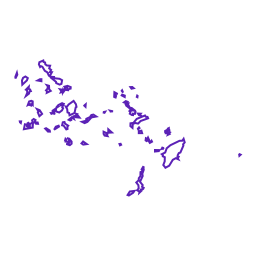 Notioy Aigaioy, Notio Aigaio, Greece (Natural Earth projection)
{"feature_id": "26713481B52894455575268", "entity_name": "Notioy Aigaioy", "entity_type": "district", "adm_level": 2, "iso_a3": "GRC", "parent_name": "Greece", "parent_adm1": "Notio Aigaio", "projection": "natural_earth1", "projection_center": [26.069, 36.671], "detail": "fine", "context": "isolated", "style": "outline", "palette": "violet", "viewbox_px": 256, "rotation_deg": 0, "n_neighbors": 0, "source": "geoboundaries", "source_scale": "gbopen_adm2", "svg_char_len": 5797}
<svg xmlns="http://www.w3.org/2000/svg" viewBox="0 0 256 256"><path d="M184.7,142.4L183.6,138.8L182.3,140.7L179.5,140.8L170.4,145.2L166.7,148.3L165.2,152.5L161.8,154.2L162.9,155.2L162.8,156.3L164.8,157.2L164.7,161.4L163.3,165.0L165.4,167.6L164.6,168.2L169.2,165.7L172.8,159.8L175.8,158.2L178.3,159.3L177.8,158.4L178.6,156.8L177.5,156.6L177.8,155.0L178.8,153.1L180.4,152.5L183.4,145.6L183.1,144.3L184.7,142.4ZM75.9,104.2L73.6,100.9L68.6,104.5L66.8,106.9L65.8,106.6L67.2,109.2L67.5,112.4L69.1,113.0L69.5,115.3L74.5,113.0L75.7,107.4L76.5,106.9L75.9,104.2ZM45.3,64.3L45.1,62.5L43.6,62.0L43.3,60.5L39.4,62.2L38.9,64.3L40.1,67.0L41.0,66.2L42.4,66.8L44.8,70.8L47.3,72.3L48.9,75.7L50.4,76.5L50.1,75.5L51.9,72.2L49.9,72.1L51.1,69.9L49.2,68.4L50.1,65.7L46.9,65.5L45.3,64.3ZM143.3,171.0L140.5,172.1L140.4,176.1L138.8,178.2L138.7,180.2L136.3,182.5L138.4,185.2L138.7,188.3L137.2,190.3L139.6,191.7L139.4,192.7L140.8,191.4L140.0,191.4L140.9,189.5L143.2,188.9L143.7,187.8L142.0,186.8L142.7,185.1L140.0,181.8L142.7,176.0L142.3,173.8L143.3,171.0ZM145.7,116.7L145.0,115.5L136.7,118.9L133.4,122.9L130.5,123.3L130.4,126.1L132.5,127.9L132.8,123.9L135.4,123.0L138.1,123.6L140.6,121.0L148.1,118.3L147.5,116.9L145.7,116.7ZM54.1,77.0L51.2,76.8L50.8,77.6L56.0,81.8L56.2,83.1L59.6,84.6L61.4,83.9L62.1,80.2L59.6,78.8L54.2,78.2L54.1,77.0ZM61.2,103.6L58.3,105.1L57.2,106.4L58.1,106.7L56.2,108.0L55.8,110.4L56.6,111.6L59.2,112.5L62.0,110.4L63.1,108.2L62.2,107.2L63.8,103.9L62.6,103.5L62.5,104.8L60.9,105.2L61.2,103.6ZM29.9,124.3L28.3,122.8L27.6,123.3L28.3,125.2L30.0,126.1L29.0,127.0L27.0,126.3L26.9,124.7L24.9,124.3L23.9,129.2L32.7,127.6L32.9,123.6L31.7,123.0L29.9,124.3ZM27.8,78.1L25.4,76.5L23.1,77.8L22.0,80.4L22.3,84.7L26.9,80.4L27.8,78.1ZM93.4,114.6L91.4,115.0L90.8,115.8L91.7,116.3L86.3,118.8L86.2,119.6L87.2,119.9L86.6,120.6L82.0,121.8L84.6,123.1L87.4,121.9L91.5,117.4L96.3,116.5L93.4,114.6ZM131.7,108.0L128.6,107.5L132.2,110.4L131.1,110.3L129.8,113.7L131.9,115.0L133.0,115.1L133.0,113.7L135.7,114.0L134.8,113.4L135.5,111.5L135.0,110.6L133.1,110.1L132.5,109.3L133.2,109.2L131.7,108.0ZM64.5,122.0L62.8,122.3L62.1,125.3L63.7,125.7L66.3,129.4L67.5,129.0L67.4,126.6L68.2,125.7L65.1,123.7L64.5,122.0ZM28.6,88.9L28.8,86.7L25.9,89.7L27.0,90.3L27.3,92.6L25.9,96.0L29.0,93.6L29.6,91.3L30.8,91.1L30.1,89.5L28.6,88.9ZM108.3,129.3L108.3,130.9L109.5,130.5L108.6,131.0L109.0,132.4L106.6,133.1L103.6,131.7L103.6,133.9L104.6,135.6L107.5,136.1L106.6,134.6L107.3,134.5L107.6,132.8L111.9,132.5L108.3,129.3ZM66.6,86.1L64.4,86.7L65.3,88.2L64.2,89.2L64.3,90.8L65.0,89.8L68.2,90.2L68.4,89.2L70.6,88.6L70.7,87.1L67.9,86.0L67.1,87.7L66.6,86.1ZM49.2,89.3L49.0,85.8L46.9,85.2L47.8,86.4L47.6,88.5L46.0,90.4L47.1,91.3L46.8,92.8L50.7,90.9L49.2,89.3ZM37.0,109.1L38.6,111.6L37.8,112.3L39.4,116.2L42.1,113.9L39.7,110.2L37.0,109.1ZM31.3,100.8L29.1,101.5L27.8,105.1L29.7,104.2L29.6,105.0L31.4,105.6L32.0,103.8L32.7,104.6L32.7,101.4L31.3,100.8ZM69.2,138.7L66.8,138.1L68.7,138.8L69.5,142.2L68.6,143.7L66.3,144.0L69.8,145.2L71.6,143.7L71.6,141.6L69.2,138.7ZM134.4,190.9L129.8,191.5L127.6,195.0L128.9,195.5L133.1,192.8L134.4,190.9ZM149.6,141.1L148.0,137.5L147.3,138.8L145.9,138.2L145.6,140.4L146.7,141.1L148.2,140.1L149.8,142.9L152.0,141.7L151.6,140.9L151.2,141.6L149.6,141.1ZM167.0,130.4L167.9,129.4L165.1,131.0L165.2,132.2L166.9,132.1L166.2,133.3L168.4,133.6L167.9,134.8L169.6,134.0L169.0,133.3L169.6,132.7L168.8,132.6L169.6,132.0L169.3,130.0L167.0,130.4ZM125.8,101.1L124.0,102.4L126.5,103.5L125.7,104.5L126.3,105.5L127.7,104.6L126.6,105.6L127.1,106.2L128.9,106.0L127.8,103.9L128.3,103.3L126.8,103.1L127.6,101.8L125.8,101.1ZM59.0,126.6L58.6,125.7L55.8,126.7L54.1,129.7L59.0,126.6ZM141.4,130.7L138.8,131.2L138.8,133.1L142.1,133.1L141.4,130.7ZM86.8,144.1L83.1,141.5L81.5,143.4L83.2,144.6L86.8,144.1ZM33.7,119.0L32.1,120.3L32.8,122.7L34.2,122.6L35.5,120.0L33.7,119.0ZM54.7,114.4L54.2,112.7L55.4,108.8L52.6,110.7L52.6,112.3L54.7,114.4ZM117.7,94.0L114.4,92.2L114.2,96.4L115.3,96.5L114.8,97.2L115.6,97.5L116.1,95.9L114.9,94.7L115.7,93.6L117.7,94.0ZM49.7,130.5L46.1,128.2L45.2,128.6L48.0,131.6L49.9,131.6L49.7,130.5ZM159.2,150.1L155.0,150.0L155.0,151.5L158.8,151.1L159.2,150.1ZM143.5,170.0L143.6,167.1L143.1,166.9L141.6,169.4L142.4,170.4L143.5,170.0ZM71.3,120.0L71.1,117.8L68.7,119.8L70.2,120.5L71.3,120.0ZM15.4,78.5L17.3,74.7L16.9,72.8L15.4,76.7L15.4,78.5ZM37.7,122.5L35.6,122.3L36.0,123.7L38.0,123.8L37.7,122.5ZM41.4,79.2L40.0,79.2L37.6,80.5L41.4,81.2L41.4,79.2ZM124.8,95.6L122.2,94.6L121.7,95.4L124.7,97.0L124.8,95.6ZM79.5,117.6L78.2,115.9L76.5,117.3L79.5,117.6ZM140.5,113.7L138.0,113.6L139.0,115.2L140.7,115.3L139.7,114.5L140.5,113.7ZM133.7,88.2L132.3,87.0L130.4,87.1L131.5,88.7L133.7,88.2ZM61.2,89.5L60.0,89.3L61.4,91.1L60.8,92.4L62.2,92.0L61.2,89.5ZM85.5,106.8L85.7,104.3L84.3,105.5L83.6,105.0L85.5,106.8ZM239.4,155.8L240.6,154.7L239.9,154.4L240.3,153.7L239.2,154.5L239.4,155.8ZM66.2,139.7L65.5,138.9L65.0,140.7L66.0,141.2L66.2,139.7ZM113.0,111.3L110.1,110.7L110.6,111.3L109.8,111.6L113.0,111.3ZM121.1,144.8L120.6,143.8L119.5,144.0L120.0,145.3L121.1,144.8ZM20.8,123.0L21.1,121.4L19.8,121.4L20.0,122.3L20.8,123.0ZM73.8,118.8L73.0,116.8L72.2,117.8L73.8,118.8ZM53.0,113.2L51.0,113.1L51.4,113.8L53.0,113.2ZM163.3,148.3L162.3,147.7L161.7,148.8L162.7,148.4L162.4,149.6L163.3,148.3ZM123.1,92.6L122.1,90.3L121.7,90.8L123.1,92.6ZM76.3,114.8L77.1,114.5L77.3,114.1L76.2,113.8L76.3,114.8ZM105.2,111.7L103.8,112.0L103.7,112.6L104.5,112.8L105.2,111.7ZM130.4,110.9L128.8,110.6L130.2,111.7L130.4,110.9ZM168.8,128.1L167.8,128.6L167.7,129.2L168.8,129.2L168.8,128.1ZM139.5,128.1L139.0,127.4L137.9,128.7L138.2,129.3L139.5,128.1ZM137.4,97.2L137.6,95.9L137.2,95.6L136.8,96.9L137.4,97.2ZM75.0,116.4L76.1,115.0L74.3,116.3L75.0,116.4ZM68.5,141.3L67.5,141.8L68.3,141.9L68.5,141.3ZM62.8,92.3L63.2,91.5L62.8,90.3L62.7,90.7L62.8,92.3Z" fill="none" stroke="#5b21b6" stroke-width="2"/></svg>